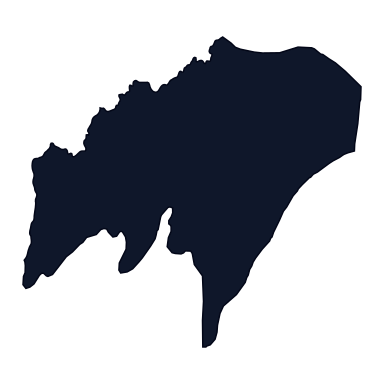 the district of Yepocapa, Chimaltenango, Guatemala
{"feature_id": "79465075B24340573402590", "entity_name": "Yepocapa", "entity_type": "district", "adm_level": 2, "iso_a3": "GTM", "parent_name": "Guatemala", "parent_adm1": "Chimaltenango", "projection": "equal_earth", "projection_center": [-91.028, 14.45], "detail": "fine", "context": "isolated", "style": "filled", "palette": "ink", "viewbox_px": 384, "rotation_deg": 0, "n_neighbors": 0, "source": "geoboundaries", "source_scale": "gbopen_adm2", "svg_char_len": 5255}
<svg xmlns="http://www.w3.org/2000/svg" viewBox="0 0 384 384"><path d="M128.6,92.0L127.5,92.0L126.5,92.7L125.6,94.0L124.6,95.1L123.3,94.8L122.5,94.2L121.2,94.4L120.0,94.6L119.1,94.8L118.9,96.0L119.5,97.5L120.0,98.4L120.3,99.6L119.9,101.1L119.3,102.0L118.7,103.2L118.3,104.9L117.3,105.4L116.4,105.4L115.8,106.7L115.6,108.0L114.7,109.1L113.6,109.6L112.7,109.9L111.5,110.4L110.3,110.9L108.5,111.5L107.7,111.5L106.5,111.3L105.4,110.3L104.5,109.0L103.5,108.2L102.2,108.4L101.1,108.2L100.1,107.9L100.1,109.3L99.9,110.4L99.4,112.1L98.9,112.9L98.1,114.0L96.8,115.2L95.5,115.9L94.3,116.7L93.3,117.7L92.4,119.3L92.0,121.0L91.9,122.1L91.3,123.9L90.8,124.8L90.1,125.9L89.6,126.7L89.1,127.7L88.4,128.7L87.8,130.2L87.8,131.2L88.5,132.3L89.0,133.2L88.6,135.1L87.3,134.7L86.3,134.9L86.2,136.5L86.1,138.5L85.1,139.9L84.3,140.6L83.9,142.0L83.9,143.7L84.3,144.9L84.9,146.1L85.9,147.9L85.9,150.0L85.2,151.0L83.9,151.1L82.9,151.1L81.8,151.1L80.7,151.4L79.7,152.0L78.9,152.8L77.8,153.8L76.7,154.9L75.5,155.9L74.5,156.5L73.1,156.8L72.2,156.1L72.0,154.7L71.7,153.6L70.8,153.3L69.9,153.7L68.8,154.1L67.8,153.7L67.5,152.1L67.3,151.0L66.9,150.1L65.8,149.0L64.7,149.1L63.3,149.5L61.9,149.4L60.9,149.2L59.9,148.6L58.9,147.9L57.7,147.3L56.9,147.0L55.6,146.4L54.2,145.6L53.8,144.7L53.3,143.8L52.6,143.2L51.2,143.2L50.5,144.4L50.4,146.3L49.6,148.1L48.8,149.1L48.2,149.6L46.9,151.0L45.5,152.1L44.8,152.8L43.9,154.5L43.2,155.8L42.0,156.8L40.7,157.3L39.8,157.5L38.7,158.1L37.8,158.5L36.5,158.5L35.0,158.7L33.7,159.4L33.0,160.6L32.6,161.5L32.3,163.2L32.2,164.4L32.1,165.7L32.2,167.1L32.4,168.9L32.7,170.0L33.1,171.3L33.6,172.7L34.0,173.6L34.1,175.5L34.0,176.8L33.7,178.2L33.2,179.9L33.0,181.8L33.1,183.2L33.6,184.8L34.5,187.3L34.7,188.3L34.8,189.3L35.0,190.3L35.6,191.8L36.4,193.0L36.9,194.7L36.8,195.9L36.2,197.8L35.6,199.3L35.5,201.5L35.7,202.5L35.7,204.2L35.6,205.3L35.5,206.4L35.4,207.7L35.2,209.0L34.9,210.9L34.6,213.1L34.4,214.5L34.2,216.1L34.2,217.4L34.0,219.3L33.7,220.4L32.8,221.7L32.1,222.4L31.5,223.5L31.2,224.6L30.9,226.3L30.6,228.0L30.3,229.3L30.0,230.3L29.8,231.9L29.7,233.1L30.0,234.6L30.9,236.0L31.0,237.0L31.1,238.4L31.3,239.8L31.4,241.4L31.3,243.3L30.7,244.8L30.2,245.6L29.4,247.2L29.0,248.5L28.4,250.1L28.1,251.2L27.8,252.6L27.5,254.0L26.9,256.0L26.5,256.9L25.7,258.3L24.9,259.3L24.2,260.2L24.9,261.9L25.3,265.6L25.1,272.7L23.5,276.4L23.0,284.7L25.9,288.4L29.9,287.1L34.0,283.9L39.4,275.3L41.7,273.2L43.7,273.3L46.4,275.9L47.9,276.4L52.5,274.5L66.3,256.7L72.5,251.9L79.7,244.4L82.8,242.4L86.6,237.4L96.3,234.5L100.7,229.6L103.9,228.5L106.7,229.0L108.4,232.2L112.9,237.0L116.6,236.2L119.6,231.8L121.2,231.3L122.4,231.8L125.5,236.9L126.4,242.2L126.1,249.2L119.3,263.0L118.9,270.1L120.7,273.0L127.2,271.9L132.7,268.8L138.8,262.1L142.3,257.9L150.6,246.1L155.1,238.8L156.1,235.1L156.9,230.9L158.1,229.6L160.7,216.7L161.6,214.8L167.9,207.5L169.9,206.9L172.6,207.9L172.7,212.8L171.2,216.9L168.8,220.6L168.8,223.9L169.5,224.4L170.4,225.2L171.1,226.5L171.1,231.4L168.4,237.7L167.2,246.7L172.1,252.7L175.3,253.5L181.1,253.9L183.5,252.9L185.4,250.9L190.8,251.1L192.3,253.6L194.3,264.5L202.5,275.9L203.5,301.4L202.5,320.4L202.8,347.0L205.9,347.0L206.9,346.0L210.3,344.8L215.1,339.2L217.0,332.2L217.5,325.2L220.0,313.4L220.9,311.5L223.4,306.0L236.5,294.5L245.2,282.4L246.7,277.6L248.2,275.1L249.6,269.6L251.8,265.9L253.1,262.1L255.7,257.9L262.3,249.1L269.6,241.0L270.6,238.3L272.0,237.0L273.6,232.2L279.6,219.9L283.4,211.2L286.6,207.1L293.1,195.8L297.4,190.9L298.3,188.9L302.4,184.5L309.7,177.4L310.5,177.4L313.3,174.2L317.4,172.1L329.0,163.5L332.5,161.2L333.3,160.7L339.6,157.4L342.1,155.6L343.9,154.4L347.9,152.8L354.4,151.0L354.7,143.9L357.8,123.6L359.7,102.0L360.6,99.7L361.0,86.7L345.2,71.2L335.4,62.9L328.9,58.8L322.8,54.5L320.7,54.1L314.4,48.9L311.7,47.8L298.0,47.1L279.6,52.8L262.6,53.0L254.3,52.1L240.4,49.2L235.4,47.3L231.1,43.1L222.7,37.0L220.4,38.4L219.5,39.3L218.3,40.0L217.4,40.1L216.1,40.3L215.1,41.0L214.6,42.2L214.1,43.5L213.7,44.4L212.8,45.9L212.0,46.3L211.0,46.5L210.2,47.4L209.9,48.8L209.4,50.1L209.2,51.4L209.7,52.8L210.7,53.5L211.7,53.8L212.1,54.9L211.6,56.4L210.9,58.0L210.8,59.2L210.6,60.1L210.1,61.2L209.0,61.4L208.0,61.0L206.8,61.0L206.1,61.9L205.9,62.9L205.1,63.6L204.1,63.2L203.4,62.1L202.6,61.0L201.9,60.6L201.1,60.4L199.8,60.6L198.6,61.1L197.7,61.7L196.3,61.6L196.0,60.3L196.1,59.3L195.8,57.7L194.6,57.4L193.7,57.9L193.1,58.8L192.8,59.7L192.4,60.8L191.7,61.5L190.9,62.8L190.6,63.7L190.2,64.5L189.1,64.9L188.1,64.9L187.1,65.5L186.4,66.8L185.4,67.3L184.3,68.2L184.0,69.4L183.7,70.9L183.1,72.1L181.9,72.2L180.8,71.3L179.7,71.6L179.0,72.8L178.7,73.8L178.1,75.5L177.7,76.5L176.7,77.4L175.7,77.6L174.6,78.0L173.2,78.7L172.1,79.5L171.3,79.9L170.5,80.4L169.7,81.4L169.2,82.3L168.6,83.3L167.4,84.8L166.4,85.1L164.9,84.6L163.7,84.7L162.8,85.0L162.1,85.5L161.3,86.3L160.4,87.5L159.7,88.8L159.0,89.9L158.5,90.8L157.3,91.8L155.9,92.3L154.9,92.1L154.1,91.9L152.9,91.3L152.2,90.6L151.2,89.3L150.7,88.5L150.3,87.5L149.9,86.6L149.6,85.2L149.1,83.9L148.7,83.0L147.4,82.3L146.4,82.4L145.4,82.4L142.9,82.4L141.3,82.4L140.2,82.4L138.9,82.3L137.9,81.7L136.9,81.0L135.9,80.5L134.5,80.9L133.4,82.0L133.1,83.7L133.1,84.8L132.8,86.1L131.8,86.1L130.9,85.3L129.8,85.3L129.4,86.5L129.4,88.1L129.6,89.8L129.6,91.1L128.6,92.0Z" fill="#0f172a" stroke="#020617" stroke-width="1.5"/></svg>